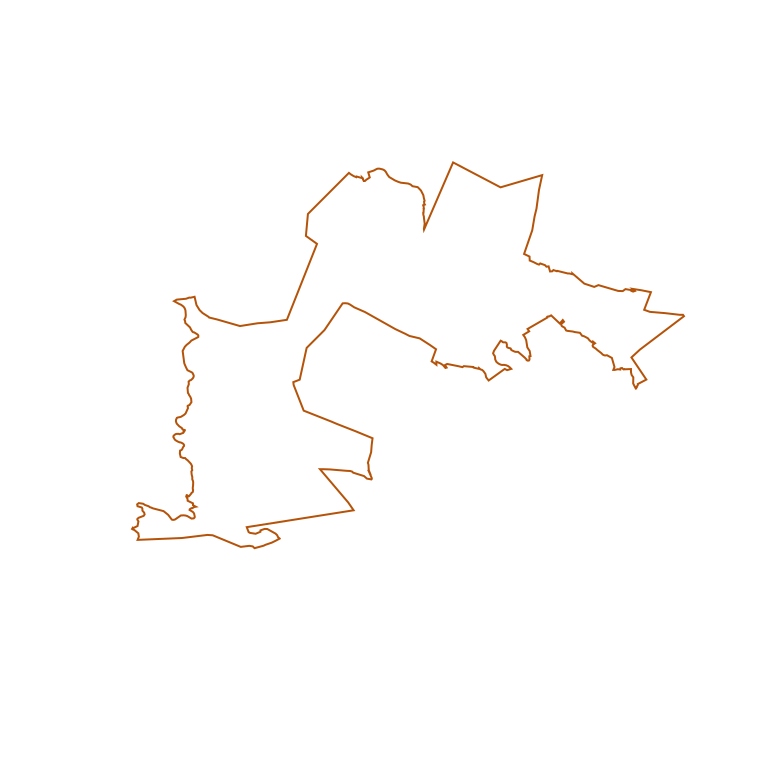 the district of Santa María Jacatepec, Oaxaca, Mexico, rotated 121°
{"feature_id": "50627088B44286312453490", "entity_name": "Santa María Jacatepec", "entity_type": "district", "adm_level": 2, "iso_a3": "MEX", "parent_name": "Mexico", "parent_adm1": "Oaxaca", "projection": "robinson", "projection_center": [-96.105, 17.868], "detail": "fine", "context": "isolated", "style": "outline", "palette": "amber", "viewbox_px": 768, "rotation_deg": 121, "n_neighbors": 0, "source": "geoboundaries", "source_scale": "gbopen_adm2", "svg_char_len": 6166}
<svg xmlns="http://www.w3.org/2000/svg" viewBox="0 0 768 768"><g transform="rotate(121 384 384)"><path d="M418.4,605.1L421.1,606.6L420.9,600.8L420.6,598.9L420.9,595.9L421.4,594.5L422.2,593.2L423.3,592.0L427.0,589.4L428.9,588.5L431.6,588.2L432.5,586.9L434.0,585.8L435.4,579.4L436.8,577.3L437.9,574.9L437.9,574.1L437.5,573.3L437.6,569.0L438.1,568.1L439.4,567.4L446.0,571.5L448.5,572.0L452.3,573.4L454.7,573.9L459.4,573.6L468.7,566.2L469.5,565.4L471.9,562.0L473.4,559.6L473.0,554.7L473.2,553.7L474.7,551.5L475.8,550.9L477.7,550.8L480.1,551.5L481.0,552.3L482.6,552.7L484.7,551.2L488.4,550.5L492.7,547.4L492.9,546.7L493.9,545.3L494.7,543.5L496.0,541.7L498.8,539.7L502.2,539.9L503.7,541.0L504.1,541.0L505.6,539.6L511.5,538.9L513.5,539.5L516.6,541.1L517.4,541.8L518.8,543.4L519.8,544.1L521.9,543.8L523.2,543.1L524.7,541.3L525.7,537.8L525.9,534.5L526.4,533.9L526.6,533.1L526.2,531.4L527.2,531.5L527.0,530.8L529.3,530.9L531.9,533.0L532.3,533.3L532.6,534.6L533.6,536.1L534.4,536.9L536.7,537.7L537.9,537.3L539.4,534.7L539.6,533.1L539.5,530.6L539.2,528.9L538.8,528.2L538.6,526.1L538.7,525.1L539.3,523.9L540.1,523.5L541.7,523.7L544.1,523.4L545.1,523.7L546.1,524.5L548.7,523.2L551.3,520.7L550.8,517.8L549.9,516.3L550.4,514.7L550.5,513.1L551.6,509.2L552.1,507.9L553.4,506.1L555.1,505.5L556.6,504.0L558.1,504.1L560.6,502.3L562.5,500.4L564.5,499.2L565.4,497.9L566.4,497.0L569.3,495.4L571.6,494.4L573.0,493.4L573.1,493.1L574.4,492.5L575.1,492.3L576.6,492.9L577.2,492.8L580.6,493.3L582.0,494.4L580.8,495.0L580.7,495.5L580.9,495.9L582.3,495.6L583.7,493.2L585.2,492.2L584.7,486.3L586.3,485.3L586.1,482.1L587.2,483.3L589.2,484.4L589.6,485.1L591.4,486.0L592.1,485.8L592.1,482.0L592.5,480.8L592.9,480.0L595.3,477.8L596.0,477.6L597.2,477.9L598.5,479.7L598.5,484.5L598.9,486.2L599.7,488.0L601.3,490.4L607.7,493.3L608.7,494.2L609.4,495.5L609.5,496.1L609.3,496.6L607.3,501.6L606.5,507.5L609.6,518.0L609.9,520.3L610.2,521.2L610.0,522.8L610.8,526.5L610.7,528.8L612.4,532.9L614.3,533.6L615.7,532.3L614.6,528.0L615.2,527.0L617.0,525.8L617.8,523.3L619.1,522.0L620.8,522.1L625.0,525.4L626.6,525.9L627.3,525.6L628.3,523.7L632.7,522.1L636.7,524.8L636.6,525.3L638.0,525.3L638.0,524.0L637.7,523.0L638.5,517.7L641.1,515.5L644.5,514.9L620.1,477.9L604.3,457.6L601.9,452.9L597.4,422.9L592.1,416.1L590.8,412.9L591.4,410.4L584.6,403.9L582.9,402.8L577.8,398.5L574.4,396.3L569.9,393.6L569.4,393.4L570.3,393.9L569.9,395.8L568.6,397.8L568.1,400.0L568.4,409.4L569.8,411.8L573.1,414.5L574.3,413.8L578.5,416.9L580.6,422.1L580.7,423.7L577.4,427.9L507.9,345.0L504.0,353.6L490.0,395.0L488.6,392.7L485.1,386.4L477.8,371.6L476.0,368.2L475.5,366.2L475.9,364.8L473.2,353.7L473.9,349.9L472.3,345.7L471.6,345.6L470.9,346.1L467.2,351.3L467.2,350.7L465.8,352.6L461.0,355.9L459.9,357.2L449.1,359.9L442.7,363.1L436.4,365.9L439.1,383.8L442.5,403.9L443.3,409.6L448.2,439.1L431.4,460.9L429.1,462.7L423.7,458.5L392.9,468.9L368.4,462.8L336.2,461.0L334.8,459.0L333.6,456.5L333.4,453.9L333.6,449.0L332.1,437.3L331.1,402.5L330.0,391.5L329.7,386.9L326.5,376.9L326.9,364.7L327.4,357.3L340.1,354.8L340.1,352.5L340.5,349.0L337.9,350.6L337.3,346.0L337.4,343.3L338.6,339.6L337.7,338.8L336.4,341.5L334.3,340.2L330.7,330.2L329.1,325.4L327.6,324.8L323.5,316.4L323.8,316.3L323.7,315.2L322.2,310.7L321.4,310.9L321.8,308.9L321.4,307.2L321.7,305.5L323.1,302.3L325.7,299.8L327.1,296.1L308.9,288.3L308.7,285.6L305.5,282.7L305.0,284.5L304.7,286.7L305.0,288.9L305.8,291.0L306.8,292.5L307.2,293.5L307.5,295.3L307.5,297.1L307.1,299.2L305.6,301.4L304.1,302.4L303.0,303.4L302.5,304.7L301.5,306.3L298.8,306.8L286.8,306.3L286.7,304.8L287.0,303.9L286.7,302.9L285.9,301.7L285.7,301.0L285.8,300.1L287.1,298.8L288.3,298.3L288.8,297.8L289.1,297.1L288.9,295.7L288.3,293.9L288.4,293.5L288.9,293.1L289.3,292.2L289.0,288.9L288.6,287.6L287.4,285.6L288.9,276.9L289.6,274.4L290.1,274.0L290.0,273.0L289.3,271.9L288.6,271.8L287.7,272.1L285.4,273.7L284.6,272.8L280.7,276.1L278.8,280.0L273.2,284.7L271.4,287.2L270.2,289.9L264.1,286.7L262.9,289.3L243.8,278.7L242.9,278.2L242.3,278.7L241.5,278.1L241.0,277.2L239.1,276.1L241.6,264.5L237.1,263.7L237.9,261.8L240.8,262.8L241.8,262.7L242.6,261.8L242.8,260.9L242.7,258.2L244.3,255.5L244.0,254.2L241.7,249.0L241.3,247.4L239.2,242.4L240.6,239.1L240.0,237.0L239.8,232.8L240.7,230.4L241.0,228.8L241.1,226.7L240.0,226.8L240.4,224.1L242.5,225.1L243.8,224.9L244.5,223.8L244.6,220.6L245.0,218.8L245.6,213.7L246.1,211.7L246.1,210.8L245.9,209.7L245.3,208.6L244.5,207.7L244.3,202.1L250.7,195.2L253.8,194.7L253.2,193.6L250.9,191.2L249.9,188.9L248.8,189.4L247.7,188.2L248.1,186.2L247.9,185.8L247.3,185.5L247.2,184.9L244.0,180.0L246.8,178.3L248.7,176.4L249.9,173.7L255.2,170.7L258.7,165.1L257.5,166.1L256.7,165.6L255.9,166.1L254.8,165.8L253.6,166.1L253.3,166.4L245.1,161.4L233.8,185.6L222.6,182.3L171.4,161.8L170.7,163.4L172.5,166.4L178.5,179.6L185.2,193.2L186.4,199.2L167.8,202.5L171.1,211.7L174.5,220.0L175.1,216.9L176.5,218.1L176.8,220.1L176.2,220.5L178.3,225.9L181.4,227.2L183.6,231.2L188.8,251.1L192.5,253.8L194.8,264.0L192.2,279.4L192.8,278.9L193.8,282.1L194.6,283.4L197.8,293.8L198.3,293.9L199.1,297.5L200.7,297.8L202.0,299.6L198.4,303.5L199.8,305.2L199.2,307.2L200.2,312.2L201.8,312.6L202.2,314.3L202.5,318.6L203.1,322.7L199.8,324.9L200.4,330.9L175.9,336.1L162.9,341.2L155.2,343.6L137.8,351.1L123.5,356.0L155.4,385.4L158.5,438.9L231.1,429.2L230.5,429.7L225.6,431.7L221.2,435.2L219.9,436.1L218.7,437.4L217.2,438.5L216.9,438.3L213.7,440.0L213.3,440.0L213.1,440.5L212.6,440.6L211.7,441.2L210.6,442.5L209.2,441.4L208.7,442.4L207.0,443.6L206.1,443.5L204.1,445.6L201.9,447.5L199.1,452.0L197.9,456.5L199.8,461.5L199.3,463.7L199.7,466.5L202.8,473.3L203.4,476.0L203.9,479.6L203.9,486.1L202.8,488.9L201.2,491.7L200.6,493.6L200.7,495.5L201.2,497.1L201.7,498.7L202.5,500.1L203.3,500.9L206.3,502.7L210.7,506.5L214.3,502.6L218.1,504.4L219.8,504.9L220.4,505.9L219.9,506.4L219.6,507.3L218.6,508.0L218.4,508.8L218.7,508.5L220.3,514.4L221.0,514.3L221.4,516.9L221.4,520.4L221.1,522.8L277.4,536.8L297.3,527.2L298.4,513.6L379.0,500.3L389.7,513.3L397.1,523.7L408.5,537.3L414.7,560.5L417.1,568.2L416.8,568.9L416.6,576.1L415.6,580.2L412.9,585.4L406.8,591.3L409.5,594.1L410.3,595.5L412.9,597.6L418.4,605.1Z" fill="none" stroke="#b45309" stroke-width="2"/></g></svg>